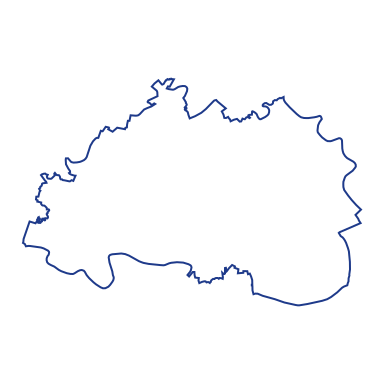 Dong Hung, Thái Bình, Vietnam (orthographic projection)
{"feature_id": "81297802B28789600266311", "entity_name": "Dong Hung", "entity_type": "district", "adm_level": 2, "iso_a3": "VNM", "parent_name": "Vietnam", "parent_adm1": "Thái Bình", "projection": "orthographic", "projection_center": [106.332, 20.548], "detail": "fine", "context": "isolated", "style": "outline", "palette": "blue", "viewbox_px": 384, "rotation_deg": 0, "n_neighbors": 0, "source": "geoboundaries", "source_scale": "gbopen_adm2", "svg_char_len": 5925}
<svg xmlns="http://www.w3.org/2000/svg" viewBox="0 0 384 384"><path d="M353.4,161.7L347.3,158.2L346.4,157.4L345.0,155.9L343.4,153.3L342.7,150.9L342.3,148.6L342.0,140.6L341.6,139.5L341.2,139.0L340.1,138.3L339.0,138.2L331.7,140.9L330.3,141.2L327.6,141.1L325.8,140.2L322.1,137.4L319.9,135.0L318.0,132.6L317.7,131.9L317.5,130.4L318.1,125.3L319.4,122.4L321.8,119.0L321.1,117.0L320.5,116.2L319.5,115.9L316.7,116.8L314.2,117.3L308.1,118.1L304.0,118.0L301.2,117.3L299.4,116.2L296.7,114.0L289.7,107.3L285.5,102.7L284.5,101.2L283.7,99.4L283.6,97.0L281.0,98.3L280.0,97.9L277.7,99.1L276.7,100.3L274.8,100.1L273.1,101.3L272.9,103.3L272.5,103.9L271.0,104.8L269.2,104.8L266.3,103.0L264.7,103.2L263.3,104.2L262.7,105.1L262.8,106.0L263.3,106.3L265.2,106.4L266.7,106.8L267.8,107.7L268.6,108.7L269.2,110.2L269.1,112.2L268.5,114.1L267.5,115.3L265.2,117.0L260.8,119.2L259.9,119.2L258.9,118.5L257.7,116.7L256.7,114.2L255.3,112.8L253.4,111.6L252.4,111.3L252.1,111.5L251.9,114.7L249.1,114.9L248.3,115.4L248.4,115.9L250.0,117.7L249.4,118.1L248.4,117.3L247.2,117.1L246.2,117.5L244.9,119.2L244.2,119.2L242.5,118.6L241.2,121.4L239.7,121.6L237.0,118.9L234.0,119.7L230.6,121.3L230.0,119.4L229.0,118.4L228.1,116.9L226.0,118.0L224.3,117.9L223.5,114.6L221.8,111.4L225.8,108.4L217.5,101.5L216.2,100.0L214.6,100.4L214.0,100.7L205.9,109.0L201.3,112.8L195.1,116.2L189.7,118.4L188.4,114.8L187.8,112.2L186.7,111.0L185.2,110.2L184.9,109.5L186.4,108.7L186.5,108.1L186.1,107.7L185.6,107.6L184.9,108.0L184.7,107.5L185.9,106.2L186.6,105.1L186.7,104.4L185.8,102.9L185.9,102.2L183.3,98.0L184.9,96.0L187.0,91.2L187.3,88.8L186.9,87.7L186.4,87.0L185.0,86.1L182.7,86.0L180.2,86.4L178.2,87.0L175.0,89.0L173.6,89.6L172.6,89.7L168.8,89.1L166.8,88.5L167.9,86.4L169.7,86.7L173.9,79.3L172.1,79.1L171.2,78.7L170.8,79.3L169.5,79.0L168.9,79.7L167.4,79.1L166.4,80.4L165.8,80.3L163.6,84.0L162.3,84.6L161.9,84.5L158.4,80.3L154.5,83.5L151.8,86.6L156.7,90.7L157.3,92.1L157.5,96.2L148.3,100.5L147.6,101.9L147.9,102.4L149.2,102.8L150.3,103.6L151.6,105.1L152.0,105.0L154.2,103.4L155.2,104.0L151.3,106.5L147.4,108.0L144.1,109.5L139.9,114.0L138.4,115.2L136.9,115.6L135.7,115.7L130.6,115.3L129.5,120.8L127.9,120.8L127.1,124.5L126.9,127.4L125.4,127.8L125.0,129.2L117.2,127.7L112.6,131.7L108.3,129.3L109.1,128.0L108.8,127.5L105.7,126.8L102.7,131.2L102.4,131.3L100.8,130.8L98.3,137.9L96.8,137.9L95.6,138.5L93.0,141.3L90.4,145.7L86.7,157.0L85.6,158.7L84.0,160.1L81.5,161.3L79.8,161.9L76.9,162.4L73.6,162.6L71.8,162.2L71.0,161.8L68.0,158.3L65.9,158.4L65.7,159.9L66.0,164.3L68.3,168.6L70.0,171.0L70.1,172.2L69.0,173.0L69.6,173.8L71.1,174.6L74.3,175.6L75.5,175.7L73.3,180.9L71.6,180.2L70.0,181.3L69.1,181.3L64.4,180.3L62.8,180.1L62.1,179.4L60.9,179.4L60.3,178.8L59.9,176.6L59.2,175.5L58.9,175.2L56.9,175.1L56.0,174.3L54.9,172.9L54.3,173.6L54.4,174.3L54.9,175.3L51.5,178.6L50.8,178.8L48.1,178.6L47.7,178.3L47.2,177.7L46.9,176.7L47.7,174.8L46.1,174.4L45.3,173.6L43.9,173.7L41.8,174.4L41.0,175.1L45.0,180.6L46.1,181.7L46.5,182.8L42.8,183.3L42.1,183.7L41.7,185.7L40.3,186.8L40.3,187.8L39.1,188.8L39.8,190.2L40.4,190.7L39.5,191.9L38.4,196.6L36.3,196.7L36.0,199.5L37.6,200.4L37.3,201.6L41.2,202.5L41.1,203.9L42.1,205.2L42.7,205.5L44.3,205.6L45.0,206.1L46.7,207.8L46.8,209.4L48.3,209.3L48.9,209.5L49.1,209.8L49.2,210.3L48.4,211.5L47.4,212.4L47.6,213.2L46.7,214.0L46.8,214.6L47.8,216.3L48.0,217.0L47.9,217.7L47.4,218.4L45.4,218.2L44.6,218.4L44.6,218.8L45.2,219.9L45.1,220.2L44.8,220.4L43.2,219.7L42.9,219.4L42.8,218.7L42.3,218.7L41.7,219.9L42.0,221.3L41.0,222.0L40.4,222.9L38.7,222.9L38.0,222.6L38.5,221.9L38.6,221.1L39.5,221.1L39.6,220.7L39.4,219.9L39.9,218.9L39.8,218.5L39.0,218.1L38.8,217.1L38.1,217.5L37.8,218.8L37.1,219.6L37.2,220.5L36.9,221.2L35.5,223.3L29.6,221.5L23.6,239.0L23.3,242.1L23.0,242.9L24.9,244.1L25.9,246.3L28.6,245.9L30.1,246.0L40.9,247.5L43.7,248.4L48.1,250.7L49.0,251.8L49.1,252.6L48.7,254.7L47.5,256.2L46.7,258.3L46.6,260.2L47.2,262.3L48.5,263.7L50.8,265.0L54.3,266.6L58.8,269.9L61.3,271.2L66.8,273.2L70.2,273.9L72.5,274.0L73.3,273.9L74.7,273.2L77.8,271.2L80.1,270.2L81.8,270.0L83.8,270.7L84.8,271.8L86.7,275.2L89.2,278.2L93.5,282.3L96.1,284.4L100.6,287.3L103.0,288.3L105.4,288.2L108.4,286.7L110.2,284.8L112.5,281.6L113.3,280.1L113.7,278.4L113.7,277.2L112.9,275.1L112.3,271.4L109.5,262.6L108.7,257.5L109.0,256.2L109.5,255.5L110.2,254.9L112.2,254.3L121.3,253.5L125.2,254.1L129.0,255.6L139.0,261.2L141.5,262.2L143.5,262.9L148.6,263.9L160.5,265.1L163.6,265.3L165.1,265.0L169.2,263.3L171.2,262.8L177.0,262.2L183.2,262.6L188.5,264.2L190.5,265.3L191.2,266.2L191.5,267.5L190.9,270.2L190.1,271.8L187.5,275.0L189.1,276.5L192.8,272.0L194.4,272.0L194.6,275.2L195.2,277.6L198.8,278.0L198.5,280.6L199.3,283.1L202.0,281.9L204.3,281.3L205.6,281.4L206.5,282.4L207.6,282.1L208.5,282.1L209.8,283.0L210.4,282.0L210.8,281.9L211.1,280.6L211.4,280.2L213.1,278.9L214.5,279.0L215.0,278.4L216.0,278.0L217.8,278.0L218.8,278.8L219.5,278.0L221.3,278.2L222.7,278.8L222.9,277.2L222.3,272.7L223.7,274.0L224.4,274.0L225.0,273.5L225.0,268.0L225.9,267.8L226.0,268.1L226.1,271.8L226.7,271.3L229.0,268.2L232.1,265.0L234.9,266.4L234.5,267.8L238.4,269.2L237.9,273.3L243.3,272.8L243.4,271.1L247.3,271.2L248.0,274.2L249.8,273.6L251.1,276.5L252.2,280.0L252.3,284.5L251.8,284.6L251.8,285.5L252.3,285.6L252.4,285.9L252.5,290.4L253.5,294.2L255.3,293.6L257.7,293.7L262.7,295.8L274.9,299.2L284.4,302.5L295.7,305.0L297.6,305.3L299.5,305.3L307.5,304.0L322.2,300.8L327.2,299.2L331.1,297.0L337.3,292.3L342.1,287.7L344.1,286.5L347.3,285.3L347.8,283.1L348.5,281.4L348.6,278.2L349.4,275.6L349.3,274.4L350.0,269.5L349.9,261.8L348.9,251.4L348.0,248.2L346.1,242.9L344.9,240.5L343.7,238.7L342.6,237.4L340.7,236.1L338.8,232.9L339.6,232.2L360.6,223.1L358.9,220.5L358.2,218.7L355.5,214.9L361.0,209.6L356.2,205.0L351.7,200.0L348.1,195.5L344.2,190.0L343.4,187.1L343.3,184.2L343.4,181.8L344.7,177.9L345.4,176.4L346.6,175.2L352.7,170.7L355.2,167.6L355.8,166.5L355.7,164.6L354.8,163.0L353.4,161.7Z" fill="none" stroke="#1e3a8a" stroke-width="2"/></svg>